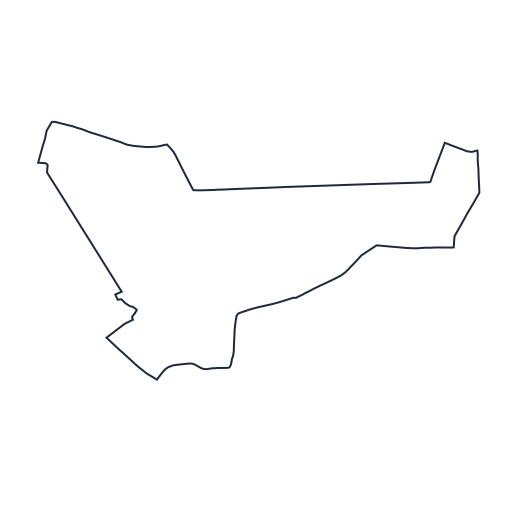 Tan Chau, An Giang, Vietnam, rotated 92°
{"feature_id": "81297802B24408052099516", "entity_name": "Tan Chau", "entity_type": "district", "adm_level": 2, "iso_a3": "VNM", "parent_name": "Vietnam", "parent_adm1": "An Giang", "projection": "robinson", "projection_center": [105.189, 10.814], "detail": "fine", "context": "isolated", "style": "outline", "palette": "slate", "viewbox_px": 512, "rotation_deg": 92, "n_neighbors": 0, "source": "geoboundaries", "source_scale": "gbopen_adm2", "svg_char_len": 3199}
<svg xmlns="http://www.w3.org/2000/svg" viewBox="0 0 512 512"><g transform="rotate(92 256 256)"><path d="M129.1,464.7L138.1,469.6L146.5,471.0L154.8,473.3L163.3,475.3L170.4,477.0L170.6,469.6L170.9,469.2L171.5,468.2L171.8,467.9L172.5,467.4L173.2,467.4L174.5,467.5L175.8,467.7L178.2,467.6L179.4,467.8L180.1,467.6L204.0,451.3L221.1,439.8L257.2,415.4L296.4,389.0L299.4,395.3L304.5,392.7L304.1,390.1L304.0,389.2L304.0,388.9L305.1,387.8L306.7,386.0L307.5,385.2L309.1,382.7L310.1,381.0L310.6,379.7L311.0,378.4L311.0,377.8L311.1,377.2L312.5,375.3L313.6,373.6L313.9,373.3L314.3,373.4L315.8,374.1L316.3,374.5L316.7,374.8L317.4,374.9L317.6,375.0L317.8,375.3L318.1,375.7L318.4,376.0L319.2,376.3L320.0,376.9L320.5,377.3L320.9,377.6L322.1,377.5L322.6,377.4L324.0,376.8L327.4,383.1L328.6,385.2L333.7,391.4L342.9,402.6L354.6,389.1L356.7,386.5L357.2,385.9L370.4,370.4L377.1,361.3L382.4,351.8L383.0,350.7L381.6,349.8L379.0,347.9L377.0,346.5L374.1,344.3L371.9,342.2L370.1,339.7L368.1,334.7L367.0,327.8L365.8,319.1L365.8,316.0L366.7,313.1L368.4,309.9L370.3,306.2L370.8,303.2L370.8,301.2L369.7,295.7L369.7,293.8L369.3,291.6L369.2,289.4L369.0,284.7L368.8,280.5L368.4,278.9L367.6,278.2L367.2,278.0L365.9,277.6L365.1,277.1L362.9,277.0L362.0,276.6L360.8,276.6L360.1,276.5L359.8,276.5L357.2,275.5L352.2,274.9L342.5,274.9L334.1,274.8L330.9,274.8L327.0,274.5L321.0,274.0L316.5,273.3L314.5,272.1L313.6,270.7L312.5,267.9L309.5,259.8L307.2,252.3L303.6,238.5L301.3,231.0L301.0,230.1L296.4,217.2L296.5,214.8L292.8,207.8L291.8,206.3L288.7,200.5L286.9,197.5L284.3,192.5L283.5,191.1L281.2,186.5L280.5,185.1L277.2,178.7L274.6,174.0L272.5,170.3L269.1,166.1L265.3,162.5L264.0,161.5L261.7,159.3L257.5,155.6L251.5,150.5L250.5,148.9L249.1,147.0L245.5,142.0L241.2,135.9L241.2,134.3L241.2,134.2L241.6,127.3L242.0,120.3L242.3,113.7L242.7,106.9L242.7,104.4L242.8,99.0L242.7,95.5L242.2,91.1L241.9,88.3L241.7,84.1L241.6,81.5L241.2,76.5L241.1,74.3L241.0,68.7L240.9,66.9L240.7,61.1L240.5,58.7L229.5,58.3L225.2,56.2L221.2,54.0L209.9,48.2L206.4,46.5L195.0,40.2L190.9,38.1L185.0,35.0L178.8,35.4L173.6,35.9L163.9,36.6L160.8,36.8L156.5,37.4L153.0,37.7L150.2,37.9L147.2,37.9L145.6,38.1L142.9,38.4L143.3,40.3L144.0,42.3L144.3,43.5L144.4,45.3L144.2,46.5L144.0,48.7L142.5,53.0L140.3,59.7L139.1,63.2L137.4,68.0L136.3,71.3L142.4,73.3L147.3,75.0L155.5,77.8L157.4,78.4L160.7,79.6L163.3,80.5L175.7,84.3L176.2,84.9L177.2,99.2L179.9,140.6L185.8,225.9L186.0,229.8L186.3,232.1L186.6,236.5L186.9,240.1L187.1,243.1L187.3,245.4L187.6,249.5L187.8,252.3L188.1,256.0L188.3,258.7L188.4,260.4L188.6,263.2L188.9,266.9L189.1,270.2L189.3,272.5L189.5,275.3L189.7,278.7L189.9,280.4L190.0,282.5L190.2,284.5L190.4,286.7L190.7,291.1L191.0,294.9L191.1,297.3L191.5,300.5L191.7,304.4L192.0,308.3L192.4,316.5L192.4,318.6L192.4,320.9L190.5,322.1L179.3,328.4L168.6,334.3L165.1,336.2L157.7,340.2L154.5,342.3L150.9,345.6L147.7,348.9L148.1,350.8L149.7,356.6L150.2,359.3L150.6,363.7L150.9,369.7L150.6,376.0L150.2,382.2L150.0,384.0L149.2,389.0L146.9,395.4L145.7,399.7L143.7,406.3L141.8,412.9L140.0,419.5L138.1,426.5L135.4,434.2L133.9,440.1L132.9,443.1L131.9,448.0L131.0,452.1L130.7,453.6L130.0,456.8L129.0,461.2L129.0,463.8L129.1,464.7Z" fill="none" stroke="#1e293b" stroke-width="2"/></g></svg>